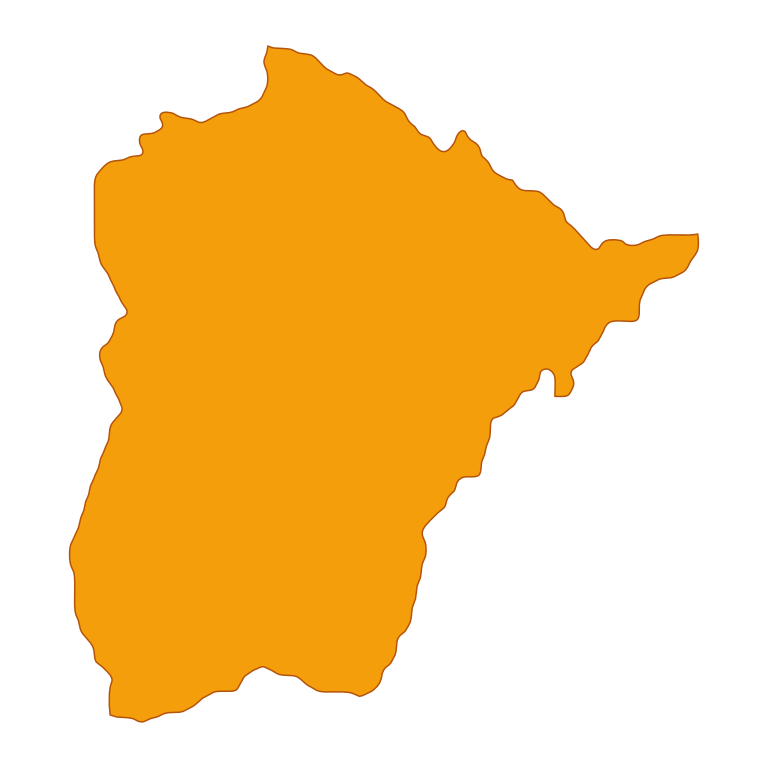 Bayaguana, Monte Plata, Dominican Republic (Robinson projection)
{"feature_id": "3306468B72895662483472", "entity_name": "Bayaguana", "entity_type": "district", "adm_level": 2, "iso_a3": "DOM", "parent_name": "Dominican Republic", "parent_adm1": "Monte Plata", "projection": "robinson", "projection_center": [-69.577, 18.816], "detail": "fine", "context": "isolated", "style": "filled", "palette": "amber", "viewbox_px": 768, "rotation_deg": 0, "n_neighbors": 0, "source": "geoboundaries", "source_scale": "gbopen_adm2", "svg_char_len": 6043}
<svg xmlns="http://www.w3.org/2000/svg" viewBox="0 0 768 768"><path d="M512.5,180.2L508.0,179.4L505.8,178.7L496.9,174.0L494.2,172.0L492.0,169.3L489.4,164.1L488.2,162.2L486.1,159.8L482.3,156.4L481.4,154.5L479.9,148.9L478.3,145.9L476.0,143.4L471.3,140.4L469.7,139.0L467.6,136.5L465.4,132.1L464.0,130.9L463.0,130.7L461.2,131.0L458.9,132.9L457.7,134.6L456.6,136.5L455.0,141.1L453.8,143.4L451.6,146.6L448.9,149.4L446.9,150.8L444.7,151.6L442.3,151.5L441.2,151.2L439.1,150.0L436.3,147.4L433.2,143.4L430.9,139.5L429.6,137.9L427.9,136.8L421.8,134.7L420.0,133.5L418.4,132.0L414.8,126.7L410.8,123.5L408.7,121.0L407.5,119.1L404.9,113.8L402.7,111.2L400.0,109.2L386.0,101.6L383.2,99.3L376.1,92.0L373.3,89.4L371.3,88.0L366.2,85.1L359.5,79.2L356.5,77.0L349.7,73.7L347.9,73.1L346.1,73.1L341.7,74.7L339.6,74.9L337.4,74.6L335.5,73.8L326.6,68.9L323.8,66.5L315.9,58.2L312.9,55.9L310.8,54.9L308.5,54.4L299.1,53.1L297.0,52.3L292.1,49.8L289.9,49.2L286.3,48.7L274.1,48.0L271.8,47.5L267.9,46.1L266.9,52.1L264.5,58.5L263.9,61.9L264.6,65.4L266.7,70.6L267.3,73.0L267.8,78.2L267.5,83.4L266.6,87.0L262.1,96.6L260.8,98.5L258.4,100.9L256.5,102.1L247.6,106.7L238.6,109.0L232.7,111.8L229.3,112.6L222.2,113.4L218.8,114.2L205.2,121.5L202.1,122.5L198.8,122.3L193.0,119.6L190.8,118.9L182.6,117.7L180.3,117.1L178.2,116.2L173.3,113.5L171.1,112.8L166.5,112.2L164.3,112.3L162.3,112.9L160.7,114.2L160.2,115.2L160.0,116.2L160.1,118.3L162.1,122.4L162.6,124.3L162.5,126.4L161.5,128.2L160.0,129.5L154.6,132.6L151.3,133.5L143.5,134.2L141.6,135.0L140.8,135.7L140.1,136.7L139.5,138.8L139.6,142.3L140.2,144.5L142.4,149.0L142.9,151.0L142.7,153.1L142.2,154.0L141.4,154.8L140.6,155.3L138.6,155.8L133.2,156.3L129.8,157.0L124.9,159.2L122.6,160.0L113.6,161.0L109.9,162.0L106.6,164.0L103.6,166.7L99.1,171.7L96.7,174.9L95.6,177.4L94.7,181.5L94.4,185.8L94.5,236.9L94.7,241.3L95.2,245.4L96.0,247.9L98.2,253.2L99.9,260.5L101.2,264.1L102.5,266.3L107.1,272.6L108.4,274.8L110.3,279.3L113.5,285.5L115.8,291.2L118.7,296.3L121.5,302.0L126.3,309.1L127.0,311.0L127.1,312.1L126.9,313.2L126.0,315.0L124.5,316.4L119.0,319.3L117.4,320.7L116.0,322.6L115.1,324.6L113.6,332.2L112.4,335.4L109.1,341.3L107.9,343.0L107.2,343.7L103.1,346.7L101.0,349.3L100.1,351.5L99.8,352.8L99.6,355.3L99.8,357.9L100.3,360.3L103.1,366.7L104.8,374.0L105.6,376.4L107.4,379.8L112.7,387.2L113.9,389.4L115.3,392.8L118.6,399.0L121.9,407.3L122.1,409.4L121.5,411.7L120.2,413.8L113.4,421.6L111.8,423.8L110.6,426.1L109.7,429.9L109.0,437.6L108.2,441.3L105.3,447.6L103.6,452.2L100.6,458.5L98.7,467.1L97.9,469.3L95.4,474.5L93.6,479.1L90.7,485.4L90.0,487.8L88.8,494.0L88.0,496.3L85.7,501.6L83.9,510.2L80.8,517.8L78.5,527.6L70.7,544.6L69.9,548.4L69.6,552.3L69.6,557.7L70.2,562.9L71.2,566.4L73.6,571.7L74.2,574.3L74.5,576.9L74.8,583.8L74.6,604.7L75.1,611.5L76.1,615.2L78.4,620.5L80.3,629.0L81.3,631.4L82.7,633.7L90.6,643.0L92.7,646.4L93.9,650.1L94.9,658.6L95.6,660.7L96.1,661.7L97.6,663.2L102.2,666.7L106.9,671.3L110.3,675.2L111.9,678.5L112.1,680.7L110.2,686.8L109.4,693.6L109.3,705.0L110.1,714.9L114.6,716.4L117.1,717.0L127.4,717.7L131.2,718.2L133.6,718.9L138.3,721.3L141.5,721.9L143.7,721.7L150.5,718.6L157.2,716.9L163.2,714.0L165.4,713.2L169.2,712.6L179.5,712.2L183.2,711.4L193.1,706.2L196.1,703.9L202.7,698.1L213.7,692.2L216.1,691.6L218.7,691.3L231.3,691.2L233.7,690.9L235.8,690.2L236.7,689.5L238.0,687.9L243.7,677.5L245.1,675.9L253.1,670.4L260.0,667.4L261.8,666.8L263.8,666.8L265.6,667.5L272.4,670.8L277.1,673.6L279.3,674.5L283.1,675.1L293.3,675.7L297.0,676.7L300.1,678.8L305.8,683.8L307.8,685.3L316.7,690.3L318.8,691.1L321.3,691.6L325.0,691.9L341.7,691.9L348.0,692.3L351.6,693.0L359.5,696.3L362.6,695.6L371.4,691.4L373.5,689.9L377.1,686.4L378.7,684.3L380.0,682.1L381.3,678.5L382.2,673.6L383.5,670.3L385.4,667.7L389.4,664.5L390.8,663.0L395.0,655.1L396.0,651.3L397.0,641.6L397.3,640.3L398.2,638.0L400.2,635.3L404.2,632.1L405.6,630.6L408.9,624.9L410.3,621.8L411.2,617.7L412.2,607.9L415.5,598.8L417.1,586.3L417.9,583.9L420.1,578.5L420.7,575.8L421.7,567.4L422.1,564.7L422.9,562.3L425.2,557.0L425.8,554.3L426.1,550.1L425.7,544.4L425.0,541.8L422.8,536.7L422.3,534.4L422.3,532.0L423.0,529.5L425.1,526.1L429.6,521.0L437.4,513.2L442.9,508.7L444.4,507.3L445.4,505.4L446.9,499.9L447.8,497.9L449.7,495.3L454.1,491.1L455.0,489.2L456.9,482.7L458.8,479.9L461.5,477.9L463.9,477.1L466.3,476.8L473.7,476.8L476.0,476.5L478.1,475.7L479.0,475.0L479.7,474.0L480.2,472.9L480.8,470.5L481.4,463.9L481.9,461.2L484.5,454.7L486.4,446.1L489.0,439.6L489.7,437.2L490.2,433.1L490.6,423.7L491.2,421.3L492.3,419.2L493.9,418.0L498.9,416.4L502.0,414.9L509.7,408.6L513.2,406.0L514.6,404.4L520.4,394.1L521.8,392.5L522.7,391.9L524.8,391.1L531.6,390.0L533.6,388.9L535.0,387.3L538.5,380.5L539.2,378.3L540.0,373.8L540.7,371.8L542.2,370.1L544.2,369.2L546.4,369.0L548.6,369.4L549.7,369.9L552.3,372.0L554.2,375.0L554.9,377.7L555.2,381.9L554.9,396.3L561.0,396.5L564.5,396.3L566.6,395.9L568.6,394.8L569.3,394.0L570.5,392.2L572.9,387.4L573.8,384.0L573.4,380.5L571.1,374.9L571.0,372.7L571.7,370.7L573.0,369.3L582.3,363.2L583.8,361.7L588.2,353.9L591.2,347.5L593.3,344.9L597.3,341.7L598.6,340.1L602.8,332.3L605.2,326.9L607.2,324.2L609.9,322.1L613.5,321.1L618.6,320.9L631.4,321.4L634.7,321.0L636.6,320.2L638.2,318.5L638.9,316.2L639.2,313.7L639.4,304.1L640.1,300.1L644.8,289.2L646.8,286.5L649.3,284.3L659.2,279.2L662.7,278.5L671.0,277.7L674.3,276.7L683.2,272.0L685.7,269.8L687.7,267.0L690.3,261.6L695.5,254.3L697.4,250.9L698.0,248.4L698.4,244.5L698.3,239.2L697.7,234.1L693.2,234.7L689.2,235.0L668.5,234.9L661.8,235.4L659.3,236.1L652.3,239.3L644.5,241.6L638.6,244.5L636.3,245.1L634.0,245.4L630.6,245.4L627.3,244.8L625.5,244.0L622.8,241.5L620.0,240.4L615.4,239.8L609.4,239.9L606.0,240.7L604.0,241.8L601.7,244.0L599.1,248.0L598.4,248.7L596.5,249.4L594.5,249.3L592.4,248.2L590.6,246.7L575.1,229.6L571.4,226.0L567.9,223.2L566.4,221.8L565.5,219.9L563.6,213.3L562.5,211.3L561.1,209.6L559.4,208.2L555.4,206.0L553.4,204.6L542.6,194.0L539.6,192.0L537.3,191.3L533.7,190.9L525.3,190.6L523.0,190.3L520.7,189.5L518.8,188.3L517.1,186.7L515.6,184.9L512.5,180.2Z" fill="#f59e0b" stroke="#b45309" stroke-width="1.5"/></svg>